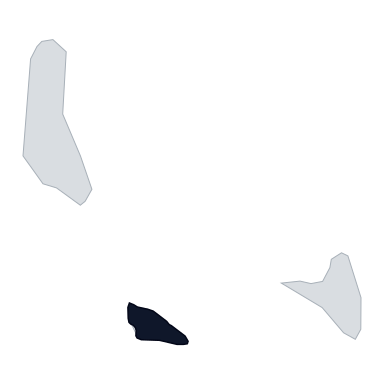 Moûhîlî on a map of Comoros (Natural Earth projection)
{"feature_id": "COM-4934", "entity_name": "Moûhîlî", "entity_type": "state/province", "adm_level": 1, "iso_a3": "COM", "parent_name": "Comoros", "parent_adm1": "", "projection": "natural_earth1", "projection_center": [43.722, -12.305], "detail": "fine", "context": "in_parent", "style": "filled", "palette": "ink", "viewbox_px": 384, "rotation_deg": 0, "n_neighbors": 0, "source": "natural_earth", "source_scale": "10m", "svg_char_len": 897}
<svg xmlns="http://www.w3.org/2000/svg" viewBox="0 0 384 384"><path d="M85.2,201.2L80.3,205.2L56.5,187.9L43.0,183.8L23.0,155.9L30.6,58.9L37.0,46.5L41.8,41.4L52.9,39.6L66.2,51.8L62.7,114.1L80.5,156.1L91.9,189.3L85.2,201.2ZM347.9,255.9L361.0,297.7L360.8,329.3L355.3,339.3L343.6,332.8L322.2,307.6L281.3,283.1L300.0,281.1L311.0,283.6L322.6,281.4L329.9,267.6L331.3,259.3L341.5,252.8L347.9,255.9ZM169.2,324.3L187.4,342.8L136.7,335.1L128.7,318.4L128.3,306.1L147.2,308.8L169.2,324.3Z" fill="#d9dde1" stroke="#a8b0b8" stroke-width="1"/><path d="M169.2,324.6L171.3,325.6L185.1,336.1L188.1,341.3L187.2,343.8L183.3,344.4L177.1,344.4L159.5,340.3L141.3,339.7L137.1,338.0L135.9,335.8L136.2,330.5L135.4,327.7L133.2,325.2L130.8,324.1L129.0,322.4L128.2,318.4L127.9,307.5L129.4,303.0L133.7,304.7L137.4,307.0L148.3,309.4L153.2,311.1L166.7,321.4L169.2,324.6Z" fill="#0f172a" stroke="#020617" stroke-width="1.5"/></svg>